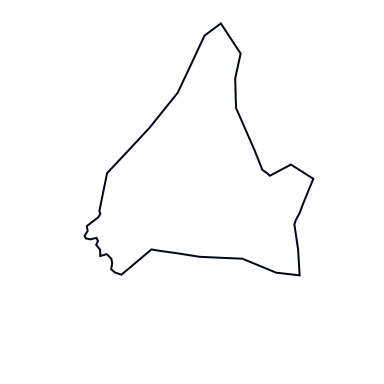 São Julião, Piauí, Brazil (Equal Earth projection), rotated 238°
{"feature_id": "56859067B17966714398568", "entity_name": "São Julião", "entity_type": "district", "adm_level": 2, "iso_a3": "BRA", "parent_name": "Brazil", "parent_adm1": "Piauí", "projection": "equal_earth", "projection_center": [-40.828, -7.071], "detail": "fine", "context": "isolated", "style": "outline", "palette": "ink", "viewbox_px": 384, "rotation_deg": 238, "n_neighbors": 0, "source": "geoboundaries", "source_scale": "gbopen_adm2", "svg_char_len": 886}
<svg xmlns="http://www.w3.org/2000/svg" viewBox="0 0 384 384"><g transform="rotate(238 192 192)"><path d="M64.3,239.1L83.7,249.7L87.0,251.5L110.4,261.7L112.9,264.8L114.9,268.2L117.4,272.5L122.6,279.2L138.9,301.9L162.9,290.4L164.5,266.7L167.8,265.8L173.4,263.4L187.9,266.0L194.4,267.2L235.4,273.2L239.6,273.8L247.7,278.4L265.4,288.8L283.6,306.6L314.3,305.9L319.7,305.8L318.0,285.6L310.6,274.0L305.8,266.7L303.4,263.0L283.8,232.6L269.0,190.1L261.2,161.1L257.8,148.2L253.0,130.0L224.9,103.3L222.1,102.8L220.3,99.3L218.8,84.7L214.3,82.9L211.8,77.7L208.9,77.4L205.7,80.7L203.7,86.7L200.3,86.3L197.9,82.7L191.8,83.5L186.3,80.3L184.5,86.7L181.8,87.5L177.9,88.2L173.8,86.5L169.3,82.5L164.4,84.1L159.3,88.3L161.2,102.2L164.8,127.2L160.0,132.5L146.6,148.5L133.1,164.0L123.2,178.3L121.0,181.5L108.8,199.3L96.1,208.4L79.0,220.6L64.3,239.1Z" fill="none" stroke="#020617" stroke-width="2"/></g></svg>